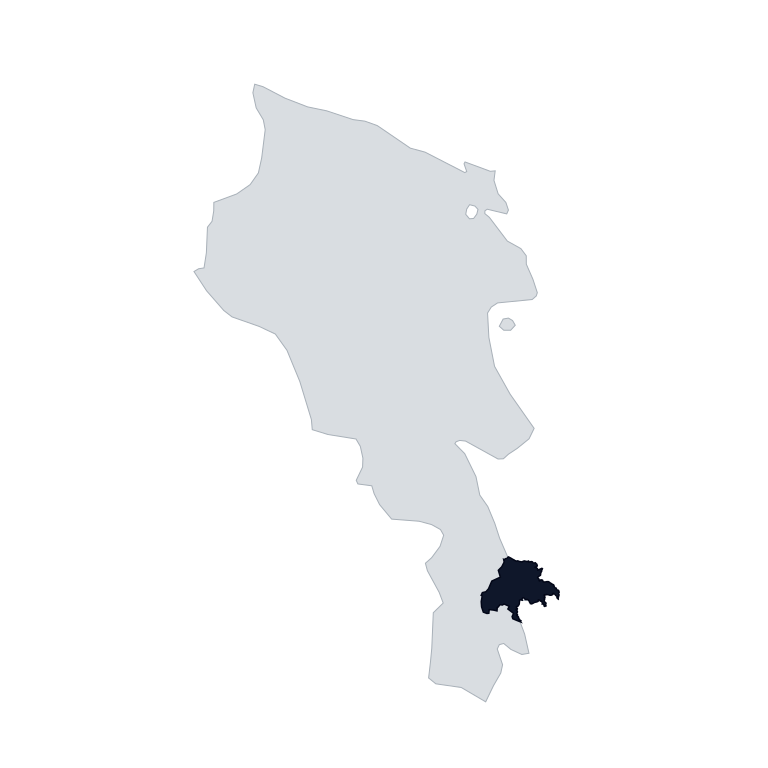 Goris, Syunik, Armenia shown in context, rotated 28°
{"feature_id": "60910142B80914034873135", "entity_name": "Goris", "entity_type": "district", "adm_level": 2, "iso_a3": "ARM", "parent_name": "Armenia", "parent_adm1": "Syunik", "projection": "robinson", "projection_center": [46.432, 39.469], "detail": "fine", "context": "in_parent", "style": "filled", "palette": "ink", "viewbox_px": 768, "rotation_deg": 28, "n_neighbors": 0, "source": "geoboundaries", "source_scale": "gbopen_adm2", "svg_char_len": 7662}
<svg xmlns="http://www.w3.org/2000/svg" viewBox="0 0 768 768"><g transform="rotate(28 384 384)"><path d="M342.1,458.0L336.6,449.5L308.5,421.3L282.5,399.8L264.6,390.9L246.5,391.8L218.3,396.1L208.0,394.3L183.6,385.0L163.4,373.9L166.2,369.3L170.6,366.0L165.6,351.6L154.5,328.4L155.8,321.1L152.4,311.1L148.5,303.5L164.7,285.4L172.2,270.8L174.0,256.6L169.9,241.9L159.7,215.2L153.4,207.4L141.5,200.2L131.5,188.4L129.1,180.0L137.6,178.3L162.4,178.1L186.4,175.2L205.2,169.7L232.5,165.1L243.7,160.9L256.8,159.0L296.5,163.4L311.4,160.0L356.1,159.4L357.3,157.6L351.3,152.0L351.3,149.9L378.0,146.3L382.1,143.6L385.5,152.6L395.5,162.5L406.4,166.5L412.2,172.0L412.5,176.2L393.1,181.2L391.8,183.7L393.0,186.2L398.8,187.4L425.8,199.9L441.3,200.2L449.4,204.0L453.4,211.4L466.3,221.6L476.5,231.4L477.1,234.8L475.2,239.8L446.2,259.1L442.6,265.7L442.1,272.7L454.7,293.6L473.3,316.5L500.2,333.8L537.4,352.7L537.8,364.3L531.9,378.2L526.8,387.6L524.5,394.0L519.9,396.7L482.8,396.1L477.3,398.3L474.8,401.1L474.6,403.4L488.0,407.6L508.7,422.6L520.7,437.1L533.2,443.5L547.2,455.0L558.4,465.8L575.9,479.8L595.4,475.2L621.5,487.6L622.5,496.0L620.9,503.6L604.5,511.8L602.5,515.2L602.5,518.0L604.6,522.1L614.3,528.8L625.6,538.8L638.4,553.7L632.7,558.1L620.8,558.8L611.5,556.9L608.2,560.0L608.4,564.8L620.5,576.2L622.8,584.4L622.3,598.8L623.0,616.9L594.7,615.7L570.5,624.4L561.4,622.6L555.4,607.3L550.2,594.8L534.9,562.8L539.1,549.6L530.6,542.1L510.0,528.5L504.7,522.8L507.6,515.1L509.7,501.0L507.7,489.5L502.2,486.0L491.9,485.8L479.4,488.7L454.2,499.7L436.8,492.6L426.8,485.5L421.0,479.6L407.9,484.5L404.7,482.1L404.1,467.4L400.2,459.4L392.4,450.2L385.1,445.7L358.3,454.9L342.1,458.0ZM385.4,195.8L386.2,190.5L385.0,185.7L380.7,184.2L375.4,185.5L374.9,190.7L376.5,195.8L381.9,198.0L385.4,195.8ZM470.6,277.1L464.5,280.3L458.7,278.9L458.7,270.7L462.9,267.4L467.7,267.6L472.3,270.5L470.6,277.1Z" fill="#d9dde1" stroke="#a8b0b8" stroke-width="1"/><path d="M616.5,529.9L616.3,529.8L616.3,529.6L616.1,529.5L616.0,529.2L616.0,528.7L615.8,528.7L615.7,528.8L615.6,529.3L615.4,529.2L614.9,528.8L614.7,528.6L614.5,528.4L614.3,528.2L613.3,528.1L613.2,527.9L613.0,527.5L612.6,527.3L612.4,527.1L612.3,526.9L612.1,526.6L611.8,526.5L611.2,526.2L610.8,526.1L610.6,526.1L610.3,526.2L609.9,526.1L609.8,525.7L610.1,525.5L610.2,525.3L610.2,525.1L610.0,524.9L609.4,524.9L609.1,524.9L608.9,524.8L608.9,524.6L609.0,524.4L608.9,524.2L608.7,524.0L608.9,523.7L608.9,522.9L608.8,522.5L608.6,522.3L608.5,522.2L608.3,521.9L608.1,521.8L607.4,521.8L607.2,521.7L607.2,521.4L607.1,521.2L606.4,520.9L606.5,520.7L607.2,520.5L607.4,520.3L607.4,520.1L607.4,519.9L607.2,519.7L606.3,519.4L605.9,519.1L605.7,518.9L605.7,518.6L605.5,518.3L605.6,518.2L605.9,518.1L606.1,517.9L606.3,517.7L606.6,517.3L606.6,517.0L606.6,516.8L606.6,516.6L606.5,516.2L606.8,515.8L606.8,515.3L606.7,514.8L606.5,514.2L606.2,513.6L606.0,513.0L605.7,512.2L605.2,511.4L605.7,510.5L606.0,510.3L606.7,510.1L607.3,510.1L607.6,510.0L607.5,509.8L607.2,509.7L606.7,509.1L606.8,508.5L606.8,508.1L607.0,507.7L607.3,507.3L607.7,507.2L608.0,507.2L608.7,507.5L609.1,507.7L609.8,507.8L610.3,507.8L610.8,507.6L611.1,507.3L611.3,507.0L612.0,506.9L612.4,506.9L613.3,507.2L613.9,507.4L614.4,507.7L614.7,508.1L615.0,508.3L615.6,508.6L616.4,509.2L616.7,509.0L617.5,508.9L618.0,508.4L618.8,507.2L619.4,506.2L619.9,505.8L620.3,505.4L621.1,504.8L621.8,504.0L622.1,503.6L622.1,503.4L621.6,502.3L621.6,502.1L622.2,501.8L622.7,501.8L623.1,501.9L623.5,502.2L623.9,502.3L624.3,502.2L624.5,501.8L624.7,501.7L624.9,501.7L625.0,502.0L625.4,502.0L625.6,502.0L625.8,502.1L626.0,502.5L626.3,503.0L626.6,503.2L626.9,503.4L627.1,503.5L627.1,503.9L627.3,503.8L627.5,503.7L627.6,503.4L627.7,503.5L628.0,503.7L628.5,503.9L628.8,503.9L629.0,503.8L629.2,504.2L629.6,504.8L629.8,505.0L630.2,505.0L630.5,504.8L630.6,504.6L630.7,504.3L630.7,504.1L631.2,504.0L631.2,503.8L631.0,503.6L630.4,503.1L630.3,502.9L630.2,502.7L630.2,502.3L630.2,502.0L630.1,501.9L630.0,501.7L629.9,501.4L629.4,501.2L629.1,501.2L628.9,501.1L628.6,501.0L628.2,501.0L627.7,500.7L627.4,500.2L626.8,499.7L626.9,499.3L626.9,498.9L626.9,498.6L626.8,498.2L626.7,498.1L626.3,497.9L625.9,497.8L625.8,497.6L625.9,497.4L626.3,496.9L626.3,496.7L626.0,496.5L624.6,495.4L624.5,495.2L624.5,494.9L624.7,494.7L624.9,494.6L625.4,494.5L625.6,494.4L625.9,494.3L626.1,494.1L626.2,493.7L626.5,493.4L627.1,493.3L627.6,493.1L628.1,492.9L629.4,492.7L629.9,492.5L630.3,492.3L630.8,492.0L631.2,491.5L631.5,491.2L631.7,490.8L631.9,490.5L631.9,490.3L631.4,489.9L631.4,489.7L631.7,489.4L632.2,489.3L632.5,489.3L633.0,489.4L633.4,489.4L633.9,489.6L634.5,489.9L636.0,490.3L636.4,490.3L636.7,490.3L636.9,490.6L636.9,491.0L636.9,491.3L637.1,491.5L637.3,491.7L638.2,491.9L638.5,492.1L638.9,492.1L638.8,491.9L638.4,491.4L638.1,491.0L638.0,490.8L638.0,490.5L638.1,490.2L637.9,490.0L637.7,489.8L637.8,489.5L637.9,489.1L637.9,488.8L637.8,488.6L637.6,488.4L637.5,487.9L637.4,487.8L637.1,487.8L636.9,487.5L636.7,487.3L636.5,487.1L636.4,486.8L636.3,486.6L636.4,486.3L636.5,486.0L636.5,485.8L636.3,485.6L635.9,485.3L635.9,485.0L635.8,484.9L635.6,485.0L635.5,484.7L635.4,484.6L634.9,484.3L634.5,484.3L634.3,484.5L634.0,484.6L633.2,484.4L632.7,484.1L632.1,483.8L632.0,483.6L631.8,483.8L631.6,483.9L631.3,483.8L631.0,483.6L630.7,483.5L630.3,483.4L629.9,483.3L629.7,483.2L629.4,483.0L629.2,482.7L628.6,482.7L628.7,482.2L628.3,481.8L627.8,481.7L627.3,481.7L626.3,482.0L625.9,482.0L625.7,482.0L625.7,481.6L624.7,481.6L624.4,481.6L623.8,481.5L623.3,481.4L622.7,481.3L621.9,481.3L621.3,481.6L620.2,482.3L619.8,482.7L619.3,483.1L618.2,483.7L617.6,483.9L617.0,483.6L616.6,483.2L616.1,482.8L615.8,482.8L615.3,482.9L614.6,483.2L614.3,483.5L614.0,484.4L613.9,484.8L613.5,484.9L613.2,484.7L613.0,484.2L612.5,483.7L611.8,483.3L611.1,483.1L610.5,482.8L610.5,482.5L610.6,481.9L610.7,481.5L611.0,481.1L611.6,480.0L611.9,479.5L611.9,479.0L611.8,478.8L611.6,478.6L611.4,478.2L611.3,477.9L611.2,477.5L611.2,477.1L611.0,475.9L611.0,475.5L611.1,475.1L610.7,474.7L610.6,474.2L610.7,473.9L610.7,473.5L610.6,473.2L610.6,472.9L610.6,472.7L610.0,472.6L609.8,472.7L609.6,473.0L609.2,473.6L609.0,473.8L608.5,474.4L608.2,474.9L608.1,475.1L607.8,475.4L607.7,475.6L607.1,476.1L606.9,475.9L606.7,475.6L606.5,475.3L606.1,474.9L605.5,474.9L605.2,474.8L604.7,474.7L603.6,474.7L603.9,474.2L604.4,473.5L604.6,473.3L604.7,472.8L604.6,472.4L604.3,472.2L603.9,471.7L603.7,471.5L603.6,471.4L603.3,471.3L602.8,471.3L601.9,470.9L601.5,470.8L601.4,470.8L601.2,471.0L601.0,471.4L600.8,471.6L600.5,471.8L600.2,471.9L599.7,471.9L598.9,471.5L598.6,471.4L598.2,471.4L597.7,471.5L597.1,471.9L596.7,472.2L596.4,472.5L595.9,473.0L595.6,473.1L595.4,473.0L595.2,472.7L594.8,472.4L594.7,472.4L594.4,472.6L594.4,472.8L594.1,473.3L593.8,473.6L593.4,473.7L592.9,473.8L592.4,473.9L591.9,474.1L591.6,474.2L591.0,474.3L590.6,474.6L590.5,474.9L590.1,475.2L589.9,475.4L589.7,475.9L589.5,476.2L588.8,476.5L588.4,476.6L588.0,476.8L587.2,477.0L586.7,477.2L586.2,477.3L585.8,477.3L585.3,477.3L584.9,477.5L584.7,477.7L584.4,478.0L584.3,478.3L583.7,478.4L583.1,478.4L582.5,478.4L581.7,478.3L580.2,478.3L579.6,478.3L578.2,478.2L577.0,478.2L575.7,478.2L575.1,478.2L574.9,478.4L574.7,478.9L574.6,479.7L574.4,480.3L574.2,480.5L573.6,480.9L573.2,481.4L573.1,481.6L573.0,481.8L572.8,482.1L572.8,482.4L572.6,482.7L572.0,482.7L573.7,484.8L573.8,490.1L572.4,494.8L577.4,499.9L571.7,507.4L572.4,515.8L571.5,519.6L568.8,522.0L569.0,525.0L570.2,525.0L572.0,530.5L574.8,535.0L578.8,538.8L582.6,538.3L584.2,537.2L582.8,533.8L586.9,532.2L590.3,531.3L588.9,528.1L589.6,527.2L589.9,524.5L592.4,523.5L593.3,521.9L599.0,521.5L599.0,524.5L606.1,525.7L606.3,529.2L607.9,530.8L612.5,530.4L616.5,529.9Z" fill="#0f172a" stroke="#020617" stroke-width="1.5"/></g></svg>